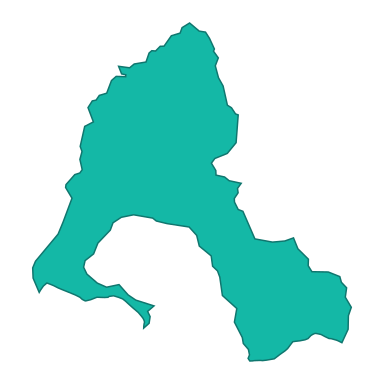 outline of Resen, Resen, North Macedonia
{"feature_id": "65306769B70601166108403", "entity_name": "Resen", "entity_type": "district", "adm_level": 2, "iso_a3": "MKD", "parent_name": "North Macedonia", "parent_adm1": "Resen", "projection": "natural_earth1", "projection_center": [21.03, 41.035], "detail": "fine", "context": "isolated", "style": "filled", "palette": "teal", "viewbox_px": 384, "rotation_deg": 0, "n_neighbors": 0, "source": "geoboundaries", "source_scale": "gbopen_adm2", "svg_char_len": 2267}
<svg xmlns="http://www.w3.org/2000/svg" viewBox="0 0 384 384"><path d="M39.2,292.4L40.6,290.0L43.4,286.0L46.9,283.0L50.4,284.3L53.6,285.6L57.9,287.8L61.4,289.3L67.6,291.8L75.4,295.0L80.0,297.3L82.0,299.2L83.0,299.8L85.2,300.9L86.2,300.8L90.7,299.7L97.0,297.2L101.0,297.4L104.5,297.5L108.0,297.3L109.1,296.4L113.6,295.8L118.8,297.4L122.6,298.9L125.3,301.0L128.8,304.2L132.9,307.9L138.2,312.4L141.6,316.4L143.1,318.4L144.2,320.7L144.5,322.2L144.1,323.8L143.8,326.1L143.7,328.1L149.1,323.3L150.1,316.6L147.6,311.4L154.0,305.9L135.8,300.1L128.1,294.9L119.0,284.6L106.6,287.2L97.3,283.1L86.9,274.1L83.6,267.2L85.1,260.6L93.6,253.9L97.9,243.1L110.3,230.1L113.0,222.8L121.3,217.3L133.6,214.8L152.7,218.1L156.3,221.0L167.0,223.6L189.1,227.0L196.7,235.4L199.3,246.1L211.2,255.9L212.6,266.2L217.5,270.9L219.8,277.1L222.4,295.5L236.8,308.5L234.4,322.1L242.3,337.5L243.3,343.5L248.4,349.4L249.5,354.9L248.1,358.4L249.8,361.0L252.4,360.9L254.4,360.6L260.2,360.4L262.6,360.6L266.7,360.1L274.3,358.8L280.0,354.4L285.1,350.8L287.6,348.6L289.9,345.5L292.8,341.7L295.5,341.3L299.9,340.8L305.0,339.8L308.0,338.6L310.8,335.6L312.7,334.4L314.7,333.5L315.8,333.4L318.0,333.8L320.3,334.3L321.3,334.6L325.0,336.6L329.0,338.5L331.3,338.7L336.3,340.1L338.3,340.9L341.9,342.7L348.1,329.3L348.4,315.7L351.3,307.3L345.3,297.2L346.6,287.8L341.4,282.3L339.8,276.6L328.3,272.0L311.9,271.7L308.2,265.7L308.4,259.2L297.9,248.8L293.5,237.9L284.8,241.0L272.5,242.1L254.9,238.9L242.9,211.3L238.2,209.5L234.5,202.1L234.3,198.5L238.1,192.8L237.5,188.4L241.2,183.3L229.1,180.7L224.6,177.0L216.0,175.1L215.8,170.5L211.4,163.2L214.8,158.5L227.3,153.4L236.1,142.7L238.2,114.9L235.5,113.9L231.5,107.8L227.4,105.2L223.1,86.0L218.5,77.8L215.3,65.8L218.3,57.9L213.5,51.2L214.4,49.0L209.5,38.4L205.5,32.1L199.2,31.1L189.6,23.0L182.1,27.6L180.1,33.1L171.4,35.7L164.0,46.2L160.2,46.3L155.6,51.0L151.8,50.7L149.1,53.0L146.0,62.0L134.2,64.0L129.6,67.8L118.6,66.3L121.6,73.9L125.8,74.8L125.7,76.7L116.2,76.4L111.5,80.5L106.7,93.2L99.3,95.4L96.1,100.1L92.3,100.9L88.0,107.6L93.4,121.9L84.7,126.4L80.2,146.4L82.0,151.5L79.9,159.4L82.2,169.7L79.8,173.0L74.8,174.6L66.0,184.6L65.6,187.5L72.0,198.2L63.0,222.3L58.1,234.1L35.5,261.2L32.7,267.9L33.1,278.1L39.2,292.4Z" fill="#14b8a6" stroke="#0f766e" stroke-width="1.5"/></svg>